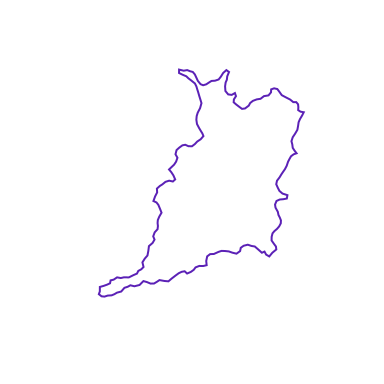 outline of Aricanduva, Minas Gerais, Brazil, rotated 228°
{"feature_id": "56859067B1049377795144", "entity_name": "Aricanduva", "entity_type": "district", "adm_level": 2, "iso_a3": "BRA", "parent_name": "Brazil", "parent_adm1": "Minas Gerais", "projection": "albers", "projection_center": [-42.597, -17.855], "detail": "fine", "context": "isolated", "style": "outline", "palette": "violet", "viewbox_px": 384, "rotation_deg": 228, "n_neighbors": 0, "source": "geoboundaries", "source_scale": "gbopen_adm2", "svg_char_len": 3020}
<svg xmlns="http://www.w3.org/2000/svg" viewBox="0 0 384 384"><g transform="rotate(228 192 192)"><path d="M183.1,60.0L179.8,57.0L178.4,54.4L175.0,55.0L172.8,57.0L171.4,60.1L169.0,63.1L168.0,65.9L167.4,68.9L165.4,72.8L166.0,77.7L164.6,80.8L163.9,83.8L160.5,86.1L158.0,90.8L158.3,96.3L155.3,98.2L151.7,99.9L149.4,102.5L148.7,106.1L148.3,108.9L144.3,112.0L141.4,114.7L141.3,118.8L140.9,124.1L140.5,127.9L139.6,130.9L138.0,133.5L134.7,133.8L133.4,137.6L133.0,141.2L133.6,144.2L132.2,147.9L129.5,150.8L127.8,153.9L131.2,156.4L134.0,160.2L133.7,163.9L131.3,166.8L129.8,171.5L128.5,174.5L126.1,177.0L123.2,179.6L119.9,181.4L116.4,183.8L115.9,188.2L117.9,190.9L117.5,194.4L115.5,198.2L112.1,200.1L109.5,202.2L105.5,202.7L100.1,203.3L99.2,206.0L95.9,205.2L92.4,206.3L93.1,211.0L92.9,216.2L95.3,217.9L98.5,218.2L102.7,218.7L105.4,221.2L107.4,224.2L107.8,227.1L107.7,230.4L108.1,233.7L109.3,237.0L111.4,239.1L114.4,240.2L117.1,240.9L119.8,242.5L124.5,243.6L127.1,245.3L128.8,248.8L127.7,252.2L125.5,255.1L123.7,258.1L125.8,260.8L130.3,258.2L134.3,257.7L137.7,258.6L141.4,259.8L143.5,262.7L144.3,266.9L145.3,270.2L146.0,273.0L146.8,276.4L148.1,279.9L150.2,283.6L151.3,286.5L152.3,289.5L152.0,292.8L150.8,295.6L154.3,295.9L157.4,296.4L160.3,298.4L163.2,299.9L165.3,303.5L166.3,307.5L167.7,311.9L170.0,314.9L172.5,317.9L174.0,321.2L175.2,325.1L176.5,328.4L179.1,326.4L181.8,325.7L183.9,327.8L186.2,329.5L189.0,329.6L191.0,327.4L195.0,326.8L199.5,325.1L203.9,323.5L208.1,324.0L211.4,324.3L214.1,322.4L215.3,319.5L213.2,317.4L212.6,313.5L215.1,309.6L215.4,305.3L217.5,302.1L219.0,298.2L219.2,294.7L218.2,292.0L218.6,287.3L220.3,284.8L223.2,284.2L227.5,283.4L230.8,283.0L232.8,285.1L233.8,288.8L236.8,290.1L237.6,286.5L240.3,284.2L244.7,284.4L248.4,287.3L250.9,290.3L252.1,293.0L254.4,295.6L256.4,299.8L259.6,299.1L259.6,294.8L258.4,290.6L257.8,287.1L259.3,283.6L261.5,280.8L262.0,277.9L262.5,274.6L263.9,271.7L266.4,270.5L270.7,270.7L274.2,271.8L277.5,272.8L280.7,272.9L283.0,271.4L285.8,270.0L287.7,267.0L291.6,264.3L289.1,262.0L285.4,263.5L281.8,265.2L278.8,265.4L275.7,266.0L270.7,266.8L267.5,265.9L265.0,264.7L262.3,263.5L258.6,261.7L254.9,260.0L251.7,258.5L248.9,254.1L247.1,249.3L245.3,246.3L242.8,243.6L239.2,241.2L234.9,240.1L231.4,239.4L228.6,238.9L225.9,237.9L225.4,233.7L226.0,229.6L225.7,226.2L226.0,222.6L228.4,220.0L231.6,218.6L233.1,216.1L233.5,212.2L233.5,208.6L231.1,205.0L227.2,204.1L225.2,200.5L224.3,197.0L224.2,193.3L224.1,190.0L220.7,189.9L216.8,189.3L212.6,187.9L212.6,184.8L215.7,182.6L217.3,179.1L217.5,175.0L218.0,172.2L218.0,168.2L215.0,165.8L213.4,161.6L211.1,157.3L208.0,158.6L205.0,158.4L200.7,156.9L197.0,155.5L195.6,151.2L194.0,147.8L191.9,145.6L189.5,143.9L187.4,141.5L187.0,137.3L185.0,133.5L181.7,132.3L180.5,128.6L180.6,123.8L177.5,120.2L174.6,116.4L174.1,112.3L172.9,108.1L168.7,105.8L168.5,102.6L169.3,99.3L168.2,96.5L169.4,92.9L170.8,87.9L174.1,84.4L175.7,81.5L178.7,79.2L179.3,75.1L180.8,72.4L179.0,70.0L180.0,66.8L181.4,63.4L183.1,60.0Z" fill="none" stroke="#5b21b6" stroke-width="2"/></g></svg>